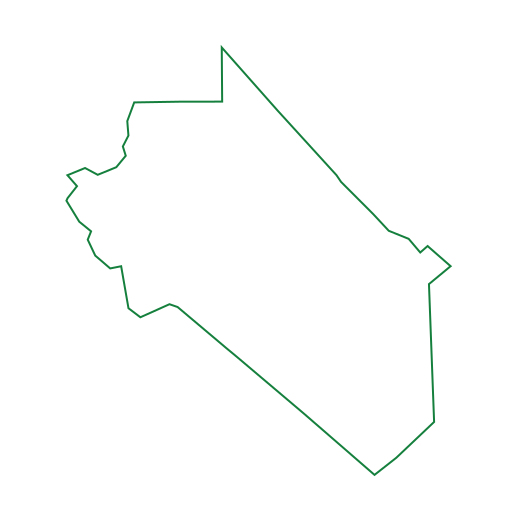 Belknap, New Hampshire, United States of America, rotated 7°
{"feature_id": "52423323B67114126748544", "entity_name": "Belknap", "entity_type": "district", "adm_level": 2, "iso_a3": "USA", "parent_name": "United States of America", "parent_adm1": "New Hampshire", "projection": "robinson", "projection_center": [-71.508, 43.523], "detail": "fine", "context": "isolated", "style": "outline", "palette": "green", "viewbox_px": 512, "rotation_deg": 7, "n_neighbors": 0, "source": "geoboundaries", "source_scale": "gbopen_adm2", "svg_char_len": 668}
<svg xmlns="http://www.w3.org/2000/svg" viewBox="0 0 512 512"><g transform="rotate(7 256 256)"><path d="M61.9,221.6L61.1,224.2L76.4,243.5L89.3,251.6L87.0,260.3L96.4,275.2L112.8,286.1L123.4,282.6L135.8,323.4L148.7,330.9L176.0,314.4L184.4,316.2L238.0,351.2L249.4,358.5L322.3,406.3L400.3,458.8L419.8,439.2L453.0,399.0L431.1,262.8L450.4,242.4L425.1,225.2L418.6,232.5L405.5,220.4L384.7,214.8L367.2,200.1L331.4,172.1L325.9,165.8L325.5,165.5L259.7,109.0L196.6,53.2L203.6,106.9L162.4,112.0L116.4,118.4L111.8,137.8L114.7,152.0L110.5,163.5L114.5,172.4L106.5,184.9L89.0,194.7L75.6,189.5L59.0,198.8L69.8,208.5L61.9,221.6Z" fill="none" stroke="#15803d" stroke-width="2"/></g></svg>